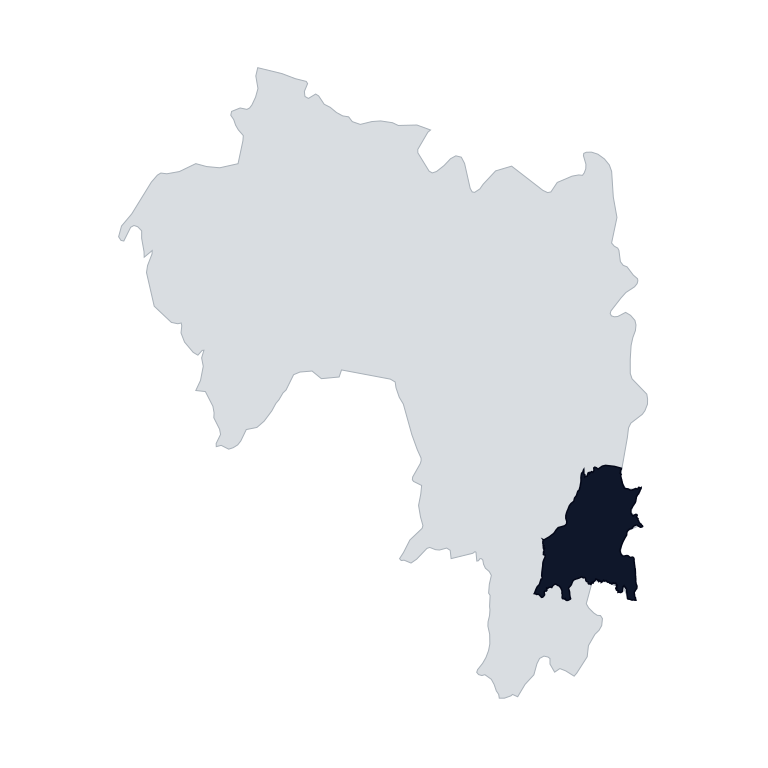 Beyla, Beyla, Guinea (highlighted), rotated 11°
{"feature_id": "49546643B61238663992809", "entity_name": "Beyla", "entity_type": "district", "adm_level": 2, "iso_a3": "GIN", "parent_name": "Guinea", "parent_adm1": "Beyla", "projection": "equal_earth", "projection_center": [-8.173, 8.91], "detail": "fine", "context": "in_parent", "style": "filled", "palette": "ink", "viewbox_px": 768, "rotation_deg": 11, "n_neighbors": 0, "source": "geoboundaries", "source_scale": "gbopen_adm2", "svg_char_len": 9779}
<svg xmlns="http://www.w3.org/2000/svg" viewBox="0 0 768 768"><g transform="rotate(11 384 384)"><path d="M466.2,536.8L460.1,535.7L457.5,537.2L449.5,549.7L444.7,554.6L437.3,553.1L434.6,554.0L432.6,552.5L435.3,545.7L439.2,532.1L449.0,518.4L449.2,515.5L445.2,507.5L441.1,496.6L441.1,484.9L440.3,476.4L431.6,474.0L430.1,472.6L429.9,469.8L434.8,455.2L435.1,452.2L434.5,449.6L429.2,442.1L421.0,428.4L406.8,400.0L401.5,394.1L396.5,385.4L394.6,379.9L389.3,378.0L339.6,378.3L338.6,385.7L321.5,390.7L310.9,385.0L299.2,388.3L293.5,392.1L289.0,408.6L286.5,412.1L283.9,419.5L281.6,423.6L279.0,431.8L273.4,443.4L267.5,450.9L257.5,455.0L254.3,467.2L252.0,471.7L248.1,475.3L244.0,477.6L235.9,475.3L231.3,477.5L230.6,474.4L233.2,464.7L231.2,459.7L223.4,449.6L222.7,444.7L220.3,438.5L210.1,425.5L200.5,426.3L203.2,415.5L203.2,401.1L200.0,393.2L200.8,385.2L199.1,385.7L195.8,391.2L190.7,389.4L180.2,380.9L175.0,372.6L174.4,365.5L173.3,362.8L170.1,364.2L163.5,364.1L143.6,351.5L129.6,319.9L129.3,312.8L131.5,300.5L131.0,297.2L124.4,305.3L123.2,299.9L118.3,287.2L116.9,279.9L112.2,276.6L108.3,276.1L105.4,278.5L101.3,293.3L98.4,293.2L95.4,290.1L96.2,279.0L103.9,265.2L117.1,230.2L121.7,222.2L124.7,219.5L130.7,219.1L142.6,214.5L157.2,203.6L168.4,204.4L181.5,203.1L198.7,195.6L199.1,172.2L198.5,167.0L192.5,162.3L189.0,158.3L186.0,153.1L182.3,149.4L182.4,145.5L190.1,140.5L197.0,140.6L199.4,138.7L201.1,135.3L203.2,126.9L203.9,118.0L199.4,106.1L199.7,97.6L224.8,98.8L238.6,101.2L249.9,101.8L251.7,103.7L250.0,112.0L251.5,116.8L255.3,118.1L261.6,112.4L264.9,113.7L271.9,120.8L278.5,122.7L285.6,126.6L292.3,128.7L298.3,128.5L302.8,132.5L311.2,133.7L322.0,128.7L330.5,126.4L342.5,125.9L348.7,127.5L366.9,123.5L381.2,125.8L379.0,128.5L372.4,147.3L373.1,150.6L387.6,166.4L391.1,167.6L395.0,165.4L401.3,158.1L406.3,150.2L411.0,146.3L416.6,146.6L421.0,152.1L431.3,175.6L433.9,178.6L436.4,178.6L440.9,174.2L443.2,169.0L452.9,153.5L467.7,145.8L503.0,163.6L508.1,164.9L511.2,163.6L515.6,153.1L528.9,144.1L535.3,141.6L539.0,141.3L540.3,138.5L541.0,134.2L540.3,129.8L536.2,121.8L536.1,119.5L538.4,117.9L543.5,116.8L550.1,117.6L557.4,121.0L563.4,126.0L566.9,131.9L573.4,156.7L580.9,176.1L580.5,202.2L583.8,204.8L587.5,206.0L589.1,208.0L592.7,218.8L596.2,221.9L600.2,222.6L607.9,229.5L612.8,232.3L613.5,234.3L613.3,237.2L611.4,240.8L604.0,248.0L600.3,254.2L592.8,269.0L592.6,271.7L594.2,273.7L597.3,274.1L600.6,273.1L607.5,267.6L613.0,269.6L618.2,273.7L620.1,278.0L620.6,283.6L619.4,290.9L619.2,299.0L621.0,312.8L623.7,326.6L626.5,331.6L643.9,343.8L645.6,348.4L646.5,353.5L645.2,360.5L643.4,364.4L633.8,375.3L632.4,380.4L633.1,390.0L633.8,430.5L637.6,437.4L642.1,440.8L652.6,438.9L652.3,450.2L650.9,462.8L657.1,466.7L660.1,470.5L661.8,474.1L652.2,480.8L649.3,484.8L648.0,495.3L648.3,505.0L661.4,512.0L666.4,520.2L668.7,528.6L669.4,544.6L668.3,548.3L664.9,548.3L658.3,538.6L648.2,537.6L640.7,535.7L628.1,537.0L626.0,539.9L624.5,561.1L627.6,564.7L633.5,568.7L637.5,570.4L640.7,570.0L643.2,572.6L643.8,579.6L642.1,584.7L638.8,589.5L634.6,601.8L635.5,613.0L628.4,631.0L626.4,634.5L617.0,630.9L610.9,629.8L606.5,634.3L600.4,627.3L599.3,621.8L597.0,620.7L592.9,620.6L589.1,623.7L587.5,629.4L586.6,640.9L579.8,651.9L574.9,665.5L569.4,664.2L568.1,665.9L562.2,669.4L557.1,670.4L555.8,666.8L552.8,663.8L549.5,658.0L545.7,653.4L538.5,650.1L535.7,651.5L532.3,651.2L530.0,649.3L530.4,646.5L534.1,639.4L536.3,632.9L537.5,625.8L537.5,619.0L535.5,609.5L532.2,601.9L531.5,597.5L531.8,591.2L531.1,585.4L530.1,582.3L528.5,571.3L526.6,569.3L525.6,560.5L525.9,551.4L523.1,548.0L518.7,545.5L516.1,541.9L514.6,538.0L513.0,536.9L511.6,537.1L510.4,539.5L508.9,540.1L506.4,531.6L505.3,531.2L503.5,533.2L483.2,542.6L480.7,534.6L476.8,533.1L470.1,536.4L466.2,536.8Z" fill="#d9dde1" stroke="#a8b0b8" stroke-width="1"/><path d="M625.3,541.3L625.5,541.0L625.6,540.8L625.7,540.4L625.6,539.8L625.7,539.3L626.1,538.8L626.3,538.8L626.3,539.4L626.5,539.5L627.1,539.6L627.3,539.5L627.1,538.6L627.2,538.3L627.7,538.1L627.8,537.9L628.4,537.1L629.2,535.7L629.0,535.0L629.1,534.9L629.9,535.1L630.2,535.3L630.6,535.2L630.8,535.3L631.3,536.0L631.9,535.6L632.2,535.6L632.3,535.9L632.2,536.2L632.3,536.7L632.5,536.9L632.7,536.3L633.0,536.2L633.3,535.7L633.7,535.8L634.0,536.5L634.4,536.6L634.7,536.3L635.1,536.4L635.2,537.2L636.4,536.1L636.8,534.8L637.1,534.6L638.1,535.4L638.5,535.3L639.1,534.8L639.4,534.5L639.9,534.7L640.2,535.1L640.5,535.3L641.0,535.7L641.6,535.9L642.1,535.7L642.8,535.7L643.8,536.5L644.3,536.3L644.7,536.3L645.3,536.8L645.7,536.9L646.1,536.7L646.2,535.9L646.8,535.3L647.1,535.3L647.4,535.9L647.9,535.8L648.4,535.9L649.0,535.1L649.4,535.1L650.1,536.1L651.1,536.7L651.3,537.0L651.2,537.1L650.5,537.3L650.9,537.7L651.4,538.9L651.4,539.6L651.0,539.0L650.8,539.1L650.5,540.3L650.7,540.8L651.5,540.6L651.6,542.0L652.9,542.3L653.5,542.1L653.6,542.3L653.3,543.5L653.4,543.9L654.2,543.5L656.1,543.6L656.4,543.4L657.6,542.3L657.7,541.9L657.2,538.5L657.4,537.2L657.7,536.6L658.0,536.2L658.4,537.1L658.5,537.1L658.9,537.3L659.5,537.3L659.9,537.6L660.2,538.3L660.6,538.5L661.1,539.0L661.7,541.1L662.9,544.6L663.9,548.0L664.4,548.5L666.6,548.4L668.3,548.8L668.8,548.6L669.3,548.7L669.8,548.4L670.9,548.3L671.7,548.4L672.6,548.1L671.9,547.0L671.8,546.1L671.5,545.7L670.6,544.8L670.1,542.8L669.5,541.5L669.4,540.6L669.5,540.0L669.9,539.5L670.2,538.4L670.6,537.4L671.1,536.7L671.1,536.2L671.0,534.6L670.6,533.5L669.7,532.3L669.3,531.1L669.2,530.8L668.9,530.5L668.2,526.8L668.0,526.6L667.8,525.1L667.6,524.8L667.1,522.9L667.0,522.0L666.1,518.4L665.9,517.6L665.1,516.0L665.0,515.3L664.0,512.4L663.8,511.5L663.5,510.9L663.1,509.5L663.0,508.5L662.7,507.7L662.3,507.1L661.6,506.6L660.9,506.5L659.2,507.2L658.3,507.2L656.6,506.1L655.4,506.0L654.3,506.3L652.2,507.3L651.1,507.3L650.3,506.9L649.2,505.8L648.7,505.1L647.5,502.6L647.4,501.4L648.0,496.4L648.7,493.0L650.0,488.7L651.0,486.1L651.0,485.8L650.7,483.8L650.9,482.2L651.8,480.7L652.6,479.7L655.0,478.4L655.9,476.4L656.2,476.0L656.9,475.2L659.1,474.0L659.8,474.3L660.0,474.5L660.9,475.0L661.9,475.2L662.9,475.7L663.7,475.5L665.0,474.7L665.1,474.4L664.7,473.8L663.6,473.3L663.1,472.5L662.4,472.4L661.9,471.9L661.1,471.5L660.0,469.7L659.5,469.5L659.2,469.1L659.1,468.3L659.2,467.9L658.0,467.0L657.2,466.8L657.1,466.5L657.6,464.9L657.5,464.3L657.0,463.9L656.0,463.9L654.6,465.0L653.7,466.1L651.7,464.5L651.2,463.8L651.0,463.5L650.8,463.0L650.5,461.5L650.3,460.3L650.3,459.8L651.1,457.9L651.8,455.6L652.3,454.9L652.7,453.5L653.0,453.2L653.3,452.1L653.5,450.7L653.4,450.3L653.4,449.8L653.4,447.3L653.2,446.7L653.3,446.3L653.7,445.8L653.9,445.0L654.2,444.1L654.9,443.2L655.2,441.4L655.5,440.9L655.6,439.9L655.7,439.6L655.6,439.3L655.8,438.8L655.7,438.3L655.8,437.8L656.2,437.9L656.3,437.6L656.2,436.6L655.6,437.1L655.0,437.1L654.5,436.8L653.6,436.9L653.5,437.2L653.3,438.1L653.0,438.8L652.8,438.9L651.1,438.5L649.4,439.7L649.0,440.0L647.0,441.0L645.8,441.2L645.5,440.9L644.6,440.8L643.6,440.4L640.8,440.6L639.8,440.4L638.8,438.5L638.2,438.0L638.0,437.5L636.8,435.7L636.6,434.8L636.2,434.5L636.1,433.8L635.8,433.7L635.5,433.0L635.5,432.4L634.9,431.6L634.8,431.0L634.5,430.6L634.0,429.7L634.1,429.4L633.8,428.5L633.9,427.9L634.1,427.5L633.4,426.8L632.9,426.7L632.8,426.2L633.0,425.6L632.7,424.2L632.7,423.8L632.7,423.1L632.8,422.9L633.1,422.8L633.2,422.4L633.1,421.4L626.0,420.9L617.0,421.6L613.9,423.0L611.2,425.8L610.3,426.7L608.5,425.7L606.8,425.4L605.9,426.4L606.7,428.8L605.7,431.0L604.5,430.4L603.8,431.1L602.8,432.9L602.2,431.7L601.3,432.4L601.0,435.8L599.4,436.2L598.9,436.9L598.4,434.6L597.3,434.2L596.8,431.4L596.4,429.8L596.2,430.3L596.0,432.4L595.0,433.9L595.0,436.1L595.2,438.4L595.7,440.6L596.0,442.7L596.0,445.0L596.1,447.2L595.9,449.3L595.9,450.6L594.7,452.3L594.2,456.8L592.8,459.6L592.7,462.9L590.4,465.6L589.2,468.1L588.7,470.7L588.5,472.1L588.1,473.5L587.8,475.5L587.6,478.3L588.1,481.1L589.7,484.1L589.9,486.7L588.4,488.7L584.7,490.6L582.4,491.7L580.8,494.4L579.6,497.4L579.1,498.2L578.8,498.7L577.3,500.3L575.5,502.4L571.8,505.6L571.3,506.1L570.9,506.3L570.4,506.5L569.7,506.3L570.1,506.7L570.0,508.2L570.4,510.3L570.7,510.6L571.0,511.5L571.1,512.5L571.9,512.3L571.6,514.4L573.0,514.6L572.8,515.1L572.3,515.6L572.9,516.4L572.9,516.8L572.8,517.7L572.6,518.4L572.7,519.1L573.1,519.1L572.9,520.0L573.0,521.0L573.8,521.2L575.0,521.2L575.1,522.7L575.0,524.0L574.6,525.3L574.4,526.4L574.2,527.5L574.1,528.7L574.2,530.0L574.3,530.7L574.5,532.0L574.6,533.6L574.7,535.3L574.8,536.5L574.9,538.3L575.2,540.7L575.4,542.3L576.3,543.8L576.3,545.0L575.9,545.4L575.4,545.6L575.2,547.3L575.0,549.1L574.8,550.8L574.3,552.0L573.2,553.5L572.6,555.5L572.3,556.8L571.9,559.2L571.6,560.9L571.5,561.1L572.1,561.1L572.4,561.1L573.0,561.2L573.6,561.3L574.1,561.5L574.8,561.1L576.1,561.0L576.8,561.5L577.1,561.5L577.3,561.8L577.7,562.2L578.7,562.7L579.2,563.4L580.2,563.1L581.0,562.3L581.7,560.8L581.9,560.3L581.0,557.9L581.0,556.9L581.9,556.5L582.7,556.4L583.3,555.3L582.6,554.1L582.5,553.2L583.5,553.5L583.9,553.3L584.3,552.3L584.9,552.1L585.6,552.0L586.0,551.4L586.9,551.7L587.5,551.8L587.9,550.7L588.3,549.6L589.1,548.7L589.6,548.2L590.6,547.6L591.9,548.1L593.4,548.7L594.1,548.6L594.9,549.1L596.1,550.2L596.9,551.0L597.5,552.1L598.0,552.6L598.4,554.0L598.6,555.6L599.4,556.9L599.4,558.2L599.6,559.8L600.1,560.5L600.6,560.7L601.2,560.5L601.4,560.3L602.1,560.7L602.5,560.3L602.8,560.0L603.6,561.3L604.7,561.6L605.8,561.3L607.0,560.4L607.6,559.8L608.0,559.6L608.2,559.2L607.1,557.1L606.4,555.0L605.9,552.8L605.2,551.4L604.4,549.9L604.1,548.9L605.0,547.5L605.4,546.9L605.8,546.1L606.2,545.3L606.6,542.8L607.2,540.8L608.1,539.8L609.8,538.7L611.1,538.1L612.8,537.1L613.9,536.2L614.8,535.5L615.2,535.8L616.6,536.3L617.8,535.6L618.6,536.0L619.2,537.2L619.7,538.5L620.5,539.2L622.1,539.3L622.6,540.9L623.4,541.3L624.3,540.6L624.7,541.0L625.1,541.2L625.3,541.3Z" fill="#0f172a" stroke="#020617" stroke-width="1.5"/></g></svg>